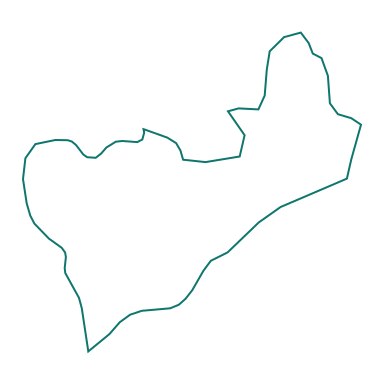 an SVG outline of Cova Lima
{"feature_id": "TLS-548", "entity_name": "Cova Lima", "entity_type": "District", "adm_level": 1, "iso_a3": "TLS", "parent_name": "East Timor", "parent_adm1": "", "projection": "natural_earth1", "projection_center": [125.199, -9.26], "detail": "fine", "context": "isolated", "style": "outline", "palette": "teal", "viewbox_px": 384, "rotation_deg": 0, "n_neighbors": 0, "source": "natural_earth", "source_scale": "10m", "svg_char_len": 947}
<svg xmlns="http://www.w3.org/2000/svg" viewBox="0 0 384 384"><path d="M137.3,142.1L142.3,139.5L144.2,132.7L143.5,129.2L146.8,130.3L167.3,137.6L176.1,143.1L180.4,150.4L183.1,159.7L205.5,162.1L239.7,156.5L244.6,135.2L228.0,111.3L238.6,108.4L258.4,109.4L264.7,95.6L266.8,69.5L269.7,51.3L284.1,37.1L300.0,32.8L300.8,32.6L308.7,43.1L312.8,53.6L321.5,58.1L327.9,75.8L329.9,103.3L337.9,114.2L351.3,118.2L361.0,124.7L351.3,159.3L346.9,178.6L280.6,207.0L258.8,222.4L227.6,252.4L210.8,260.8L203.4,270.8L192.2,290.3L185.6,298.7L178.9,304.7L170.2,308.3L141.8,310.8L130.1,314.7L119.8,322.2L109.4,334.1L88.3,351.4L81.8,308.3L79.0,297.9L65.3,273.1L64.7,268.1L65.9,257.0L65.1,252.5L61.7,247.8L48.9,238.6L34.4,223.6L30.3,215.7L26.7,203.4L23.0,179.1L25.4,158.2L35.4,144.1L55.3,140.0L67.7,140.2L71.8,141.5L76.0,145.0L83.3,154.5L87.1,157.2L95.7,157.8L101.0,153.7L106.4,147.5L115.8,141.7L122.4,141.0L137.3,142.1Z" fill="none" stroke="#0f766e" stroke-width="2"/></svg>